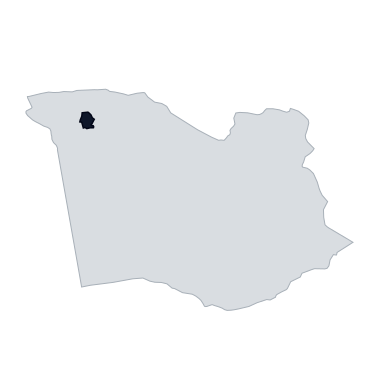 Buhweju highlighted on a map of Uganda, rotated 80°
{"feature_id": "UGA-5624", "entity_name": "Buhweju", "entity_type": "District", "adm_level": 1, "iso_a3": "UGA", "parent_name": "Uganda", "parent_adm1": "", "projection": "natural_earth1", "projection_center": [30.364, -0.352], "detail": "fine", "context": "in_parent", "style": "filled", "palette": "ink", "viewbox_px": 384, "rotation_deg": 80, "n_neighbors": 0, "source": "natural_earth", "source_scale": "10m", "svg_char_len": 2581}
<svg xmlns="http://www.w3.org/2000/svg" viewBox="0 0 384 384"><g transform="rotate(80 192 192)"><path d="M266.4,317.2L261.4,317.2L253.3,317.2L245.2,317.2L237.1,317.2L229.0,317.2L220.9,317.2L212.8,317.2L204.7,317.2L196.6,317.2L188.6,317.2L180.5,317.2L172.4,317.2L164.3,317.2L156.2,317.2L148.1,317.2L140.0,317.2L131.9,317.2L127.1,317.2L126.2,317.0L125.5,316.8L122.5,317.5L119.3,319.8L115.9,320.8L112.3,320.4L111.9,320.6L110.1,320.6L107.4,320.4L105.1,321.0L103.3,323.0L101.4,326.5L98.1,330.5L95.5,334.0L93.3,336.5L88.2,340.6L85.5,341.8L84.1,341.6L83.3,340.9L81.7,335.6L80.7,334.8L70.9,337.5L69.4,337.5L69.6,335.9L68.8,323.5L68.7,315.9L70.0,311.1L70.8,305.7L70.8,300.8L72.6,292.6L72.0,287.7L74.3,270.4L74.9,267.6L75.8,259.2L77.3,256.7L78.6,255.7L80.2,250.5L83.5,242.4L85.7,238.1L85.2,228.9L85.6,222.7L86.1,221.3L90.8,219.0L97.0,213.2L99.6,206.4L103.3,202.0L110.4,199.2L131.6,175.8L141.4,163.2L145.7,156.8L145.8,154.4L146.7,151.4L144.9,149.0L142.9,146.9L142.2,144.9L140.5,143.9L137.9,143.9L136.3,142.5L134.4,139.6L132.5,137.9L126.5,138.0L121.8,135.1L121.9,131.2L123.7,123.4L127.2,114.5L127.4,112.0L126.9,109.9L126.1,108.1L124.5,106.4L123.0,104.2L124.1,97.8L126.3,91.6L128.2,88.4L129.9,84.9L129.4,82.0L126.8,80.6L128.2,77.8L131.0,73.0L136.4,68.3L141.1,65.1L144.3,65.0L150.4,67.6L156.0,70.6L159.1,70.7L162.8,69.5L170.5,64.2L172.3,65.9L174.6,69.1L177.0,74.4L181.9,76.9L184.2,78.6L185.9,79.1L186.8,78.6L188.6,74.4L190.8,72.1L194.9,69.2L204.0,66.9L210.5,66.2L213.2,65.7L217.8,64.4L225.0,60.1L232.2,65.6L239.9,66.7L247.4,66.7L249.7,65.0L251.0,63.7L258.9,54.5L269.5,42.2L276.7,59.6L279.1,60.6L278.8,62.1L278.2,63.6L282.8,67.8L288.5,70.0L290.6,72.2L290.8,74.5L288.8,84.7L289.2,87.6L291.1,97.8L294.5,100.1L297.5,110.4L303.6,114.8L304.5,116.0L305.9,121.0L307.8,126.5L309.2,127.7L310.1,128.0L311.9,133.8L310.9,137.1L312.3,147.0L314.6,155.8L315.2,166.4L315.3,171.0L315.2,173.9L314.7,177.9L313.6,180.2L311.6,182.5L309.5,186.0L307.6,189.8L306.4,191.7L307.3,197.4L307.1,198.9L306.6,199.6L303.8,200.5L300.3,202.0L298.2,203.5L295.1,206.4L292.7,209.5L289.5,218.8L284.1,225.9L283.2,228.3L278.1,232.6L275.8,237.8L274.4,244.3L272.5,248.9L268.2,255.3L267.2,265.3L267.3,285.4L266.2,308.2L266.4,317.2Z" fill="#d9dde1" stroke="#a8b0b8" stroke-width="1"/><path d="M103.4,275.6L107.2,278.5L107.6,279.2L108.1,279.7L108.7,279.6L109.1,278.9L109.3,278.2L109.7,277.7L110.7,277.5L111.6,277.9L111.1,281.1L111.3,284.6L109.9,286.1L110.1,287.9L104.1,288.5L103.5,290.3L101.6,289.5L98.3,287.4L94.9,286.4L95.3,280.6L96.4,279.6L98.5,278.1L101.6,277.3L103.4,275.6Z" fill="#0f172a" stroke="#020617" stroke-width="1.5"/></g></svg>